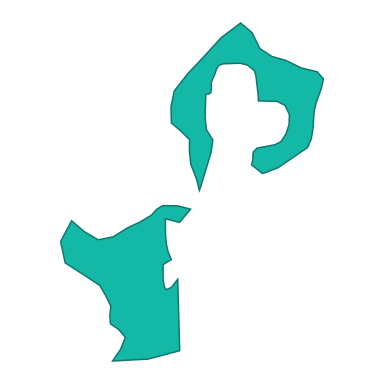 SVG path tracing the border of Lankaran
{"feature_id": "AZE-1707", "entity_name": "Lankaran", "entity_type": "District", "adm_level": 1, "iso_a3": "AZE", "parent_name": "Azerbaijan", "parent_adm1": "", "projection": "natural_earth1", "projection_center": [48.931, 38.926], "detail": "fine", "context": "isolated", "style": "filled", "palette": "teal", "viewbox_px": 384, "rotation_deg": 0, "n_neighbors": 0, "source": "natural_earth", "source_scale": "10m", "svg_char_len": 1320}
<svg xmlns="http://www.w3.org/2000/svg" viewBox="0 0 384 384"><path d="M190.6,209.2L179.5,222.4L165.3,218.8L165.6,236.2L166.4,244.3L168.2,252.0L171.3,259.6L163.1,264.6L163.1,271.9L163.1,279.8L164.2,286.3L166.1,289.7L171.4,287.4L177.7,279.3L179.7,350.7L148.0,359.1L112.6,361.0L120.6,349.2L125.4,337.3L118.6,329.4L110.5,323.9L109.8,315.6L110.9,306.4L105.8,295.8L99.8,285.4L82.6,274.1L65.2,262.9L60.6,241.5L71.6,220.8L84.4,231.7L98.2,239.8L113.3,236.8L127.4,227.9L140.0,222.0L151.5,215.1L156.7,209.3L162.6,205.6L178.0,205.9L190.6,209.2ZM323.4,78.8L321.6,87.5L316.0,103.4L314.2,111.0L313.0,128.4L311.3,138.8L307.6,147.5L278.1,167.7L262.6,173.6L251.6,164.9L252.9,159.1L252.8,155.2L253.3,151.9L257.0,148.1L274.7,144.8L280.7,141.8L285.9,134.2L289.1,124.4L289.4,114.6L285.0,105.4L277.1,101.4L258.3,100.9L258.3,96.5L256.0,76.4L254.5,70.8L247.5,65.1L240.1,63.2L223.3,63.8L218.7,65.4L216.4,69.3L214.8,74.3L211.6,81.3L211.3,83.8L211.4,89.2L210.6,93.0L208.7,94.0L206.8,94.0L205.8,94.5L205.1,117.4L206.4,129.5L212.8,140.0L211.2,152.0L200.6,187.2L199.3,190.4L196.8,179.9L190.8,164.1L189.4,151.0L189.5,139.6L180.6,130.9L171.4,123.0L171.0,106.8L174.2,91.0L187.9,73.5L203.3,57.3L221.0,37.8L240.6,23.0L252.1,32.7L259.9,48.6L272.0,56.5L285.8,60.4L301.1,67.9L317.2,71.8L323.4,78.8Z" fill="#14b8a6" stroke="#0f766e" stroke-width="1.5"/></svg>